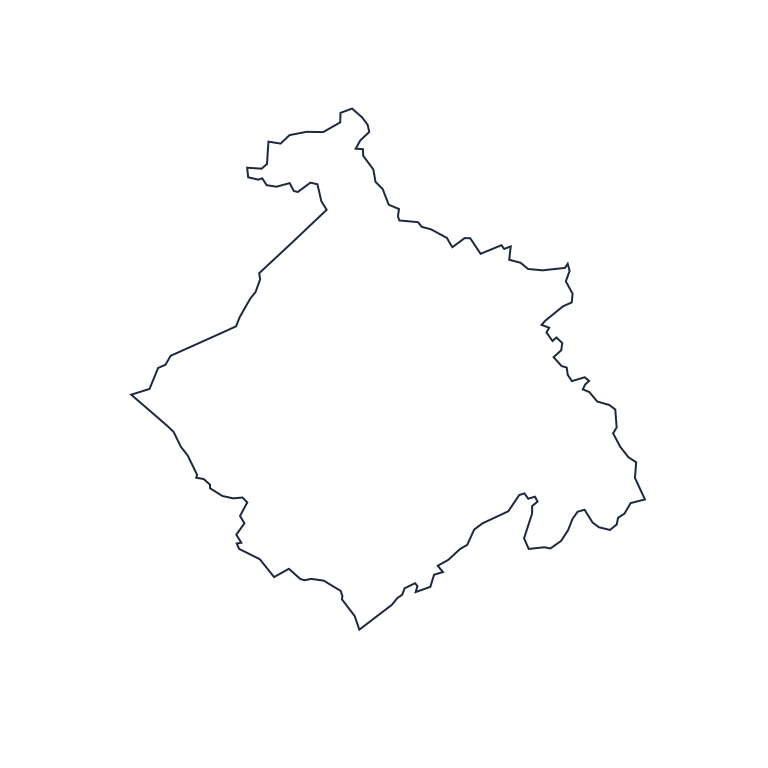 Barranquitas, Puerto Rico, rotated 229°
{"feature_id": "32010507B21184218191895", "entity_name": "Barranquitas", "entity_type": "district", "adm_level": 2, "iso_a3": "PRI", "parent_name": "Puerto Rico", "parent_adm1": "", "projection": "robinson", "projection_center": [-66.311, 18.201], "detail": "fine", "context": "isolated", "style": "outline", "palette": "slate", "viewbox_px": 768, "rotation_deg": 229, "n_neighbors": 0, "source": "geoboundaries", "source_scale": "gbopen_adm2", "svg_char_len": 2266}
<svg xmlns="http://www.w3.org/2000/svg" viewBox="0 0 768 768"><g transform="rotate(229 384 384)"><path d="M214.8,204.2L212.2,245.1L213.7,253.6L213.0,259.5L216.3,265.5L213.3,276.7L209.6,276.7L206.2,271.4L200.5,285.9L207.2,296.7L203.4,305.1L211.6,305.3L209.1,317.1L209.6,333.1L208.0,341.3L215.0,356.6L214.2,367.0L206.4,394.3L211.5,413.2L209.3,418.2L202.8,417.6L199.9,424.0L194.5,422.7L194.7,415.7L189.1,410.8L175.7,388.5L164.6,385.0L155.6,397.9L150.7,401.7L149.4,414.6L152.9,427.0L158.5,437.7L160.6,446.3L157.5,452.9L142.6,450.5L134.9,452.2L125.6,458.8L125.3,467.5L129.5,472.9L128.4,480.4L132.3,492.0L125.7,505.2L148.5,511.8L159.5,523.0L168.3,520.4L181.5,521.1L196.4,524.5L198.6,531.1L213.0,541.8L220.3,540.3L230.9,533.4L243.2,533.7L249.5,530.5L251.7,535.6L251.7,540.8L257.4,539.9L262.9,527.7L270.4,528.7L276.6,532.7L281.0,529.8L293.0,529.6L293.2,539.9L297.9,545.4L306.0,544.6L305.9,539.4L316.3,540.4L318.1,545.6L325.2,541.7L326.0,547.4L325.2,570.1L322.4,579.2L328.3,585.5L342.2,588.6L347.6,598.3L354.2,601.5L352.9,596.7L365.8,578.2L376.3,568.2L385.9,566.6L395.6,560.0L404.7,569.9L407.1,563.3L411.7,563.7L418.9,542.3L437.4,544.7L441.2,540.6L442.4,525.4L446.0,525.9L452.9,527.3L470.0,520.9L477.8,515.6L483.9,515.8L497.3,502.9L500.8,504.2L502.3,505.5L506.2,510.1L516.2,505.2L532.0,510.9L542.1,510.2L552.9,516.7L569.9,518.0L575.0,522.2L580.2,517.0L583.4,526.0L583.9,538.3L590.4,541.7L599.5,542.4L612.8,540.6L617.2,529.1L610.2,522.6L614.0,503.4L625.2,490.9L633.8,476.0L633.3,463.7L642.7,455.8L626.8,440.0L626.8,432.9L637.0,422.6L629.1,417.1L620.7,423.2L619.1,427.0L611.0,425.9L603.5,432.2L597.5,444.6L588.9,442.6L585.5,444.9L584.2,460.6L578.4,464.8L563.0,456.6L553.1,455.0L550.9,403.7L549.5,362.5L544.2,359.1L537.7,347.5L536.2,339.1L529.1,318.9L524.6,310.2L527.1,301.6L538.2,264.8L545.3,241.5L541.9,231.8L544.3,224.0L534.1,203.8L541.8,186.2L494.5,193.0L485.9,193.8L469.8,189.5L458.6,188.9L438.2,183.4L436.5,180.8L430.5,185.6L422.1,186.6L419.5,184.3L405.4,188.6L396.5,195.3L391.2,202.7L384.3,203.1L378.9,188.8L370.4,187.2L367.2,173.7L357.8,172.2L360.2,168.2L354.5,166.5L333.3,175.3L310.4,174.4L306.9,191.0L291.8,192.9L288.0,195.3L284.7,201.2L275.1,209.5L256.2,215.6L251.0,213.3L249.2,211.0L227.9,209.6L214.8,204.2Z" fill="none" stroke="#1e293b" stroke-width="2"/></g></svg>